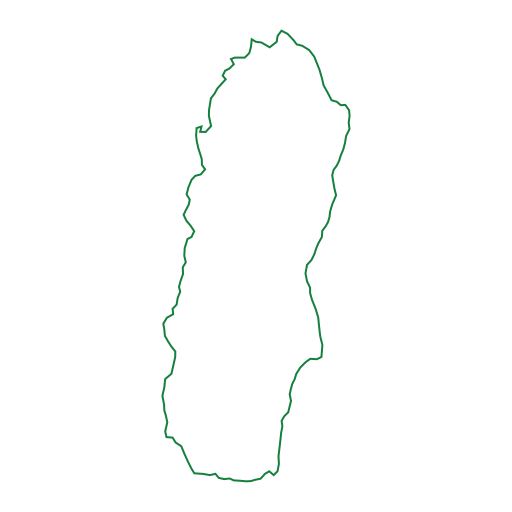 Caiabu, São Paulo, Brazil
{"feature_id": "56859067B16572160644513", "entity_name": "Caiabu", "entity_type": "district", "adm_level": 2, "iso_a3": "BRA", "parent_name": "Brazil", "parent_adm1": "São Paulo", "projection": "equal_earth", "projection_center": [-51.225, -21.947], "detail": "fine", "context": "isolated", "style": "outline", "palette": "green", "viewbox_px": 512, "rotation_deg": 0, "n_neighbors": 0, "source": "geoboundaries", "source_scale": "gbopen_adm2", "svg_char_len": 2230}
<svg xmlns="http://www.w3.org/2000/svg" viewBox="0 0 512 512"><path d="M345.3,104.9L340.8,105.2L336.7,101.7L331.6,100.3L327.8,92.9L323.6,85.3L321.9,78.1L319.5,69.8L316.8,63.0L314.2,56.6L309.3,50.2L302.3,45.8L296.7,44.4L293.6,40.2L287.6,33.9L281.5,30.7L277.6,35.9L276.7,41.8L269.7,47.3L261.4,42.5L255.9,41.8L251.7,39.3L251.0,46.7L249.3,53.1L244.8,57.6L239.8,57.6L234.9,57.6L231.0,59.0L233.8,64.2L229.3,68.6L225.1,70.7L222.7,75.7L225.7,79.3L221.5,83.9L217.4,88.4L214.5,93.7L210.9,98.4L209.8,105.2L209.0,110.3L208.9,116.0L211.1,126.1L205.6,132.0L200.2,131.8L201.5,126.5L196.6,128.1L196.1,135.8L196.9,142.0L198.4,148.5L200.2,154.0L201.8,159.3L201.9,164.9L205.1,169.3L200.8,174.4L195.1,175.9L191.5,179.9L188.5,187.1L186.6,194.4L189.8,199.7L188.6,205.0L185.8,210.2L183.6,214.8L186.4,220.7L190.9,226.1L194.2,231.2L191.5,237.0L187.5,239.0L184.7,248.1L184.3,256.0L185.8,262.3L182.8,267.2L183.0,274.1L180.5,281.2L179.0,286.9L180.2,291.8L177.7,297.8L176.6,304.6L172.6,308.8L173.2,314.2L166.9,317.7L163.3,323.7L164.3,329.3L164.9,335.9L168.0,341.3L171.1,346.2L175.3,351.5L175.2,357.0L173.7,363.9L171.4,373.8L165.2,379.0L164.3,387.5L162.4,395.8L164.1,404.6L164.3,410.3L165.8,415.2L167.3,422.3L165.2,431.4L166.5,437.1L172.6,437.6L175.6,442.5L181.3,446.2L184.1,453.1L187.7,461.1L191.1,468.0L194.3,473.3L203.0,473.9L210.0,475.1L215.4,473.8L218.8,477.9L224.2,479.1L229.6,478.5L233.8,480.4L239.5,480.7L245.9,481.3L250.8,481.1L255.1,479.8L260.6,478.7L265.0,473.8L269.3,471.3L273.7,475.1L277.5,471.3L278.9,464.0L278.5,456.2L279.9,444.5L281.2,432.5L282.4,426.3L281.6,420.9L284.2,416.3L288.2,412.3L291.0,401.0L289.7,394.1L291.0,388.6L292.3,383.8L294.6,379.3L296.3,373.8L300.3,367.5L305.7,362.1L310.3,358.8L316.9,359.2L321.4,357.0L322.4,345.1L320.4,337.1L319.7,332.0L318.9,324.4L318.2,317.4L315.8,309.4L312.0,299.8L310.1,293.1L310.1,287.8L307.0,281.2L305.5,273.4L307.0,264.9L311.4,260.1L314.3,254.3L316.1,248.7L318.2,243.6L321.9,236.9L322.3,230.7L325.4,226.7L328.0,222.1L329.5,217.2L330.1,211.6L332.2,204.4L336.1,195.3L334.4,188.4L333.1,180.8L332.2,175.3L333.6,169.9L336.7,165.7L338.9,161.3L340.9,155.1L343.3,149.4L345.0,142.9L346.1,136.0L349.5,129.1L348.7,122.5L349.6,116.0L349.1,110.3L345.3,104.9Z" fill="none" stroke="#15803d" stroke-width="2"/></svg>